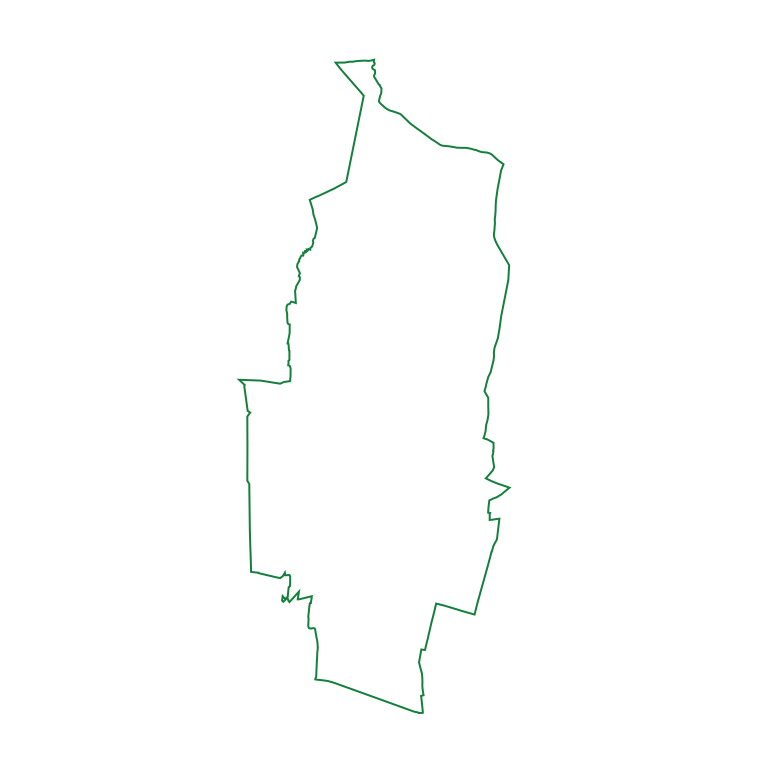 Corregidora, Querétaro, Mexico (Equal Earth projection), rotated 191°
{"feature_id": "50627088B75121451396907", "entity_name": "Corregidora", "entity_type": "district", "adm_level": 2, "iso_a3": "MEX", "parent_name": "Mexico", "parent_adm1": "Querétaro", "projection": "equal_earth", "projection_center": [-100.431, 20.478], "detail": "fine", "context": "isolated", "style": "outline", "palette": "green", "viewbox_px": 768, "rotation_deg": 191, "n_neighbors": 0, "source": "geoboundaries", "source_scale": "gbopen_adm2", "svg_char_len": 5971}
<svg xmlns="http://www.w3.org/2000/svg" viewBox="0 0 768 768"><g transform="rotate(191 384 384)"><path d="M321.6,629.6L322.6,630.1L324.0,630.5L325.5,630.7L327.2,630.9L328.5,630.7L329.4,630.6L332.5,630.3L336.6,630.8L338.0,631.3L338.9,631.2L340.0,631.2L343.1,631.5L345.0,631.5L347.8,631.5L350.3,631.2L351.3,630.9L357.4,629.9L360.2,629.9L363.7,629.8L366.2,629.7L371.0,629.2L372.7,629.1L374.5,629.5L381.0,632.3L383.4,633.1L395.3,638.8L398.8,640.4L399.3,640.6L403.5,642.6L407.9,644.7L418.3,651.5L419.4,652.1L421.5,652.5L425.4,653.1L431.2,653.7L434.8,655.0L436.6,656.0L437.8,656.8L439.9,657.9L442.0,659.4L442.4,660.0L442.7,660.2L442.8,660.6L443.0,661.1L442.7,666.4L442.2,669.3L442.9,673.7L443.7,674.6L444.7,675.6L445.3,676.8L446.2,677.0L452.2,683.6L452.7,684.6L452.1,686.7L452.2,688.2L452.8,690.3L454.7,691.0L455.6,691.6L456.0,692.4L456.1,693.5L455.6,694.4L454.8,694.9L454.3,696.0L454.3,697.0L455.5,698.1L455.5,698.7L455.6,700.4L458.6,699.0L461.1,698.1L463.2,698.0L465.3,697.6L470.5,696.3L473.5,695.4L476.1,694.4L478.4,694.0L479.7,693.6L484.3,691.9L488.7,691.1L490.4,690.7L492.8,690.2L486.8,685.0L484.2,682.9L482.5,681.6L477.5,677.7L470.6,672.3L470.3,672.1L462.7,666.2L462.4,666.0L460.5,664.4L458.9,663.2L459.6,575.1L462.2,572.9L466.0,569.8L468.9,567.4L470.1,566.4L470.5,566.1L473.3,564.1L474.5,563.2L484.9,555.6L485.5,555.3L485.9,555.0L486.2,554.9L489.1,552.8L492.0,550.6L487.2,541.6L485.6,536.9L483.1,532.5L479.4,524.5L479.8,514.3L480.9,513.1L481.0,510.9L480.4,509.3L480.8,505.2L482.2,503.7L482.0,501.8L483.9,502.1L484.0,501.3L485.3,501.3L484.6,500.0L485.6,498.8L485.9,499.9L486.9,499.6L487.5,497.2L488.4,497.3L487.8,495.0L487.8,494.6L489.6,494.3L490.2,492.5L490.3,491.9L490.4,491.2L490.9,490.1L490.7,488.5L491.1,488.3L491.1,487.4L491.4,486.5L491.9,485.1L491.6,482.1L487.7,476.8L488.3,473.7L487.0,472.8L486.5,470.0L488.8,463.2L488.8,460.6L489.1,458.6L486.0,446.7L489.4,447.1L490.9,447.0L491.7,444.8L493.7,443.6L494.2,442.6L494.3,441.1L494.0,438.6L493.7,437.4L492.2,433.7L492.1,432.4L490.6,426.4L490.0,425.0L488.7,424.4L487.9,424.4L486.5,416.9L486.3,415.9L486.4,405.4L485.6,405.5L485.0,403.8L483.8,399.2L483.6,398.8L483.2,398.7L481.6,390.4L481.5,390.0L481.4,389.6L482.2,388.4L481.7,386.2L481.6,384.0L481.2,384.0L480.8,384.0L480.0,383.8L479.5,383.1L479.0,382.1L478.6,381.3L477.4,374.7L477.2,373.5L477.1,372.5L477.1,371.6L477.0,371.1L476.9,370.3L476.9,369.5L476.7,368.9L482.6,366.9L486.0,364.5L505.8,363.8L527.0,360.5L520.5,356.4L520.8,355.3L517.7,346.3L512.7,331.6L509.9,330.4L512.0,326.0L511.8,325.1L510.2,317.1L509.2,311.9L509.1,311.6L508.3,307.4L507.6,303.9L506.8,300.1L499.7,262.9L497.2,260.2L488.3,217.3L487.8,214.9L484.4,199.7L484.1,198.4L483.2,194.4L483.0,193.7L482.3,190.7L480.3,181.8L478.6,174.2L474.7,174.5L471.0,174.8L470.8,174.4L465.9,174.2L461.1,174.0L452.8,173.7L451.0,173.7L448.9,173.6L447.2,175.5L446.6,176.2L446.1,177.5L445.6,179.0L445.3,179.9L444.9,178.9L444.6,177.4L440.3,178.4L440.1,178.1L439.8,177.8L439.7,177.6L439.6,177.4L439.4,177.1L439.3,176.8L438.5,172.6L437.8,168.0L437.7,167.9L437.8,167.8L437.8,167.7L438.1,167.3L438.2,167.2L438.4,166.9L438.4,166.7L438.5,166.7L438.8,166.3L438.2,159.5L438.0,158.0L437.9,157.0L440.0,154.0L441.8,155.5L443.0,156.4L442.9,154.9L442.8,153.4L442.7,151.9L442.1,151.6L441.2,151.0L440.5,152.1L440.2,152.6L439.3,153.9L438.3,155.3L437.9,155.7L436.4,152.9L435.2,151.9L431.0,158.8L430.1,160.4L429.6,161.2L427.9,163.9L427.6,156.1L427.4,156.1L425.7,156.7L418.9,159.8L414.4,161.9L414.2,159.9L414.1,156.8L414.0,154.9L414.9,154.7L415.0,154.3L414.8,152.2L414.9,151.9L414.7,149.9L414.6,148.3L414.4,146.9L414.3,145.5L414.2,144.2L414.0,141.7L413.8,140.6L413.7,140.6L413.3,139.7L413.2,138.5L413.0,137.5L412.8,136.3L412.7,135.3L412.5,134.2L412.4,133.1L412.2,132.1L411.7,131.1L411.5,130.6L410.9,130.0L409.6,129.9L408.8,130.1L408.7,130.2L406.8,130.9L406.0,130.9L405.3,130.7L404.9,130.2L404.5,129.2L402.6,124.1L401.4,121.1L401.2,120.9L400.5,119.1L400.2,117.8L399.8,116.9L398.8,112.7L398.7,112.7L398.1,106.5L398.0,106.0L397.4,102.4L396.8,97.6L395.0,85.6L394.8,84.4L394.7,83.7L394.8,83.1L394.9,82.7L395.1,82.2L395.1,81.9L395.1,80.9L392.9,81.0L390.9,81.2L387.1,81.5L383.9,81.7L382.1,81.7L379.5,81.5L378.0,81.4L375.7,81.1L344.5,76.3L301.6,69.6L292.5,68.2L292.0,68.1L290.5,68.1L288.7,68.1L288.4,68.1L288.1,68.1L287.9,68.0L287.7,67.9L287.5,67.7L287.3,67.6L287.2,67.6L283.2,68.6L283.3,69.5L287.5,83.2L288.1,84.7L288.1,85.0L285.8,86.0L287.3,90.1L288.7,94.6L289.5,99.2L290.6,104.0L291.6,107.2L293.5,111.0L293.9,111.8L296.5,117.4L296.7,130.5L293.1,130.7L292.9,132.4L292.9,133.6L292.7,138.4L292.7,138.5L292.4,142.9L292.4,143.1L292.3,147.8L292.1,152.9L292.1,153.0L291.9,159.2L291.5,164.6L291.2,171.3L291.2,171.5L290.9,178.4L287.7,178.3L287.5,178.2L282.9,178.0L277.8,177.5L277.7,177.5L268.9,176.6L264.5,176.1L251.1,175.0L250.8,181.0L250.4,188.1L247.6,222.8L247.4,225.4L247.3,226.6L246.7,235.6L246.6,237.1L246.6,238.1L246.4,240.0L246.2,240.0L246.0,241.7L245.8,245.0L245.7,245.6L245.7,245.9L244.7,249.3L243.5,253.0L245.0,273.8L247.4,273.0L249.5,272.3L251.1,271.7L252.6,271.2L254.3,270.7L255.4,276.3L255.2,277.6L257.2,277.5L257.8,281.9L258.4,289.5L258.4,289.8L256.7,291.0L254.5,292.7L252.4,293.9L249.9,296.0L247.6,298.1L246.0,300.2L241.0,306.2L245.8,306.9L247.7,307.1L250.1,307.5L252.4,307.7L257.6,308.7L260.8,309.4L263.3,310.1L266.0,310.8L260.8,319.8L260.0,323.3L263.9,334.1L263.7,335.2L263.6,337.0L263.9,338.2L264.1,339.2L263.9,339.2L264.2,340.7L264.2,342.0L265.3,347.2L272.6,349.5L273.5,349.4L276.0,349.8L275.6,352.1L275.3,357.1L275.9,363.2L275.5,368.4L275.7,374.2L277.4,381.9L279.0,390.3L284.0,396.1L283.5,402.0L283.6,402.9L283.0,410.8L281.6,415.8L281.0,427.9L281.3,432.1L282.2,436.1L282.4,439.9L282.3,441.7L281.0,450.4L281.2,460.8L281.9,472.7L281.8,509.5L283.8,524.5L299.7,542.7L301.7,545.4L303.6,548.6L304.4,550.4L304.7,552.2L305.0,556.7L305.4,559.6L305.7,562.7L306.8,567.3L306.9,570.3L307.5,575.2L308.3,579.8L309.1,585.5L309.7,596.4L309.8,615.9L308.6,622.5L314.8,625.4L316.5,626.4L321.6,629.6Z" fill="none" stroke="#15803d" stroke-width="2"/></g></svg>